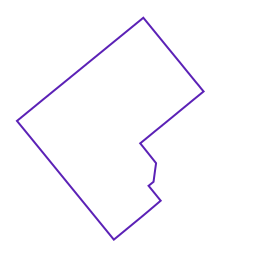 the district of Toay, La Pampa, Argentina, rotated 50°
{"feature_id": "61730980B2132713179088", "entity_name": "Toay", "entity_type": "district", "adm_level": 2, "iso_a3": "ARG", "parent_name": "Argentina", "parent_adm1": "La Pampa", "projection": "equal_earth", "projection_center": [-64.55, -36.621], "detail": "fine", "context": "isolated", "style": "outline", "palette": "violet", "viewbox_px": 256, "rotation_deg": 50, "n_neighbors": 0, "source": "geoboundaries", "source_scale": "gbopen_adm2", "svg_char_len": 628}
<svg xmlns="http://www.w3.org/2000/svg" viewBox="0 0 256 256"><g transform="rotate(50 128 128)"><path d="M53.4,45.4L52.8,88.6L52.0,148.3L51.6,175.0L51.2,208.5L69.6,208.7L204.4,210.6L204.8,172.0L204.8,169.8L204.7,149.9L204.7,149.7L186.2,149.4L185.5,149.4L185.6,144.0L185.6,143.0L178.3,135.0L178.2,134.9L173.1,129.2L172.9,129.1L149.1,128.5L147.6,128.5L147.8,112.3L147.8,109.9L148.0,98.0L148.2,80.8L148.2,78.9L148.4,59.4L148.6,47.1L148.6,46.6L147.8,46.6L145.5,46.6L144.8,46.6L141.2,46.5L135.7,46.5L128.9,46.4L121.0,46.3L110.4,46.1L108.4,46.1L90.6,45.9L84.0,45.8L53.4,45.4Z" fill="none" stroke="#5b21b6" stroke-width="2"/></g></svg>